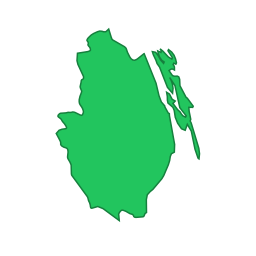 Licko-Senjska, Natural Earth projection, rotated 205°
{"feature_id": "HRV-1584", "entity_name": "Licko-Senjska", "entity_type": "County", "adm_level": 1, "iso_a3": "HRV", "parent_name": "Croatia", "parent_adm1": "", "projection": "natural_earth1", "projection_center": [15.249, 44.713], "detail": "fine", "context": "isolated", "style": "filled", "palette": "green", "viewbox_px": 256, "rotation_deg": 205, "n_neighbors": 0, "source": "natural_earth", "source_scale": "10m", "svg_char_len": 3254}
<svg xmlns="http://www.w3.org/2000/svg" viewBox="0 0 256 256"><g transform="rotate(205 128 128)"><path d="M144.8,202.2L121.5,180.4L113.6,170.4L108.8,165.7L104.1,163.6L103.4,162.6L97.9,158.6L96.6,158.5L95.6,156.6L78.8,132.8L75.8,125.7L77.8,123.0L77.6,119.9L76.5,116.1L75.9,111.8L75.5,100.0L75.9,96.3L79.5,82.9L81.1,79.6L82.3,75.6L81.1,70.8L75.5,59.2L76.4,57.8L76.3,55.0L76.5,54.3L77.0,53.8L83.1,50.3L84.4,50.0L85.3,50.2L86.2,51.1L86.7,51.3L87.4,51.6L90.0,51.2L94.7,51.6L97.6,51.4L98.6,51.1L99.3,50.4L99.9,48.7L100.1,47.2L100.1,46.1L96.8,40.4L116.5,44.4L122.2,44.1L126.4,40.4L127.4,39.8L128.1,40.0L128.9,41.0L129.5,42.0L130.3,43.0L131.2,44.0L132.7,45.2L133.4,45.9L134.4,47.2L135.2,48.1L136.2,48.8L158.7,61.2L159.3,61.7L159.9,62.5L163.3,69.3L164.0,70.6L166.0,72.4L169.4,74.8L170.2,75.6L170.7,76.6L172.0,80.5L172.6,81.7L173.5,83.0L174.2,83.5L175.0,83.8L175.6,83.8L178.2,83.5L180.3,83.7L181.5,84.2L182.2,84.9L182.5,85.7L183.0,86.6L184.1,87.7L190.7,92.7L189.5,96.8L187.4,98.9L184.1,101.1L183.7,101.7L183.8,102.3L184.7,103.3L187.4,105.0L190.1,106.2L192.1,107.6L193.1,108.0L195.8,108.6L196.5,109.1L196.7,110.1L196.2,111.7L195.8,112.4L195.3,112.9L190.6,115.5L188.9,116.9L187.1,117.6L186.0,118.2L185.1,119.0L183.9,119.5L182.6,119.7L176.6,119.6L175.4,119.9L174.9,120.7L174.9,122.7L175.5,124.4L177.2,126.2L178.3,127.1L181.3,128.9L182.3,129.7L183.3,131.1L184.2,133.1L184.9,136.4L185.2,140.3L185.5,141.8L188.2,144.3L188.9,145.4L189.9,149.9L190.3,150.9L190.4,151.6L190.3,152.1L189.8,152.8L189.3,153.6L189.4,154.5L190.1,155.9L200.3,164.5L202.7,167.5L205.4,174.4L196.8,180.2L195.4,181.5L194.9,182.5L195.4,183.6L196.1,184.4L196.7,184.9L197.5,185.3L198.4,185.7L199.1,186.1L199.5,186.6L199.6,187.4L199.9,188.2L200.3,188.8L200.9,189.2L201.6,189.6L202.2,190.0L202.4,190.8L202.3,192.2L201.6,194.3L200.6,196.8L199.1,199.1L196.4,202.3L194.6,203.9L192.4,204.7L190.8,204.9L189.4,205.5L188.7,206.0L187.3,209.5L181.7,203.3L179.9,201.6L178.6,201.3L165.7,200.2L164.6,199.9L163.6,199.5L162.9,198.9L160.4,196.3L156.6,193.3L154.6,192.1L153.3,191.8L152.1,191.7L150.6,192.2L149.3,193.6L148.6,194.7L144.9,202.1L144.8,202.2ZM74.6,160.6L72.8,159.2L55.2,139.5L52.3,134.9L50.6,130.0L51.3,130.1L51.9,130.4L58.4,137.2L69.3,151.9L75.8,156.4L75.2,150.1L79.2,149.9L85.0,153.3L89.7,157.7L93.5,163.4L96.0,165.7L102.3,167.5L104.1,169.9L105.7,173.2L108.1,176.7L104.8,176.3L100.1,172.7L96.6,172.4L97.3,170.2L97.7,169.3L90.8,165.6L87.4,164.5L85.6,163.2L83.3,162.2L80.4,162.2L80.4,163.6L89.6,168.3L103.4,186.3L111.6,191.4L109.0,189.4L106.3,186.6L103.9,182.9L102.3,178.3L109.4,181.5L125.1,196.5L128.9,198.7L131.3,201.2L136.0,205.1L138.2,207.5L134.9,208.3L131.0,206.2L126.9,203.2L123.1,201.6L123.1,203.1L126.1,203.7L129.1,205.4L131.7,207.9L133.6,210.4L130.1,210.4L130.4,211.6L130.9,212.3L131.6,212.8L132.4,213.3L128.8,212.4L121.4,209.4L117.4,209.0L117.4,210.4L124.4,214.9L124.4,216.2L120.5,215.3L117.0,213.4L114.1,210.7L111.6,207.5L111.6,206.1L113.9,206.1L113.9,204.5L112.6,203.8L111.7,202.9L110.4,200.2L112.1,200.3L113.3,200.0L114.2,199.0L115.1,197.4L110.8,194.8L109.3,194.3L107.7,194.6L105.1,195.9L103.6,195.8L101.8,194.0L98.8,188.3L88.4,180.4L86.9,180.1L78.1,175.3L78.1,174.0L79.0,173.7L80.7,172.8L81.6,172.4L79.6,168.9L74.8,162.4L74.6,160.6Z" fill="#22c55e" stroke="#15803d" stroke-width="1.5"/></g></svg>